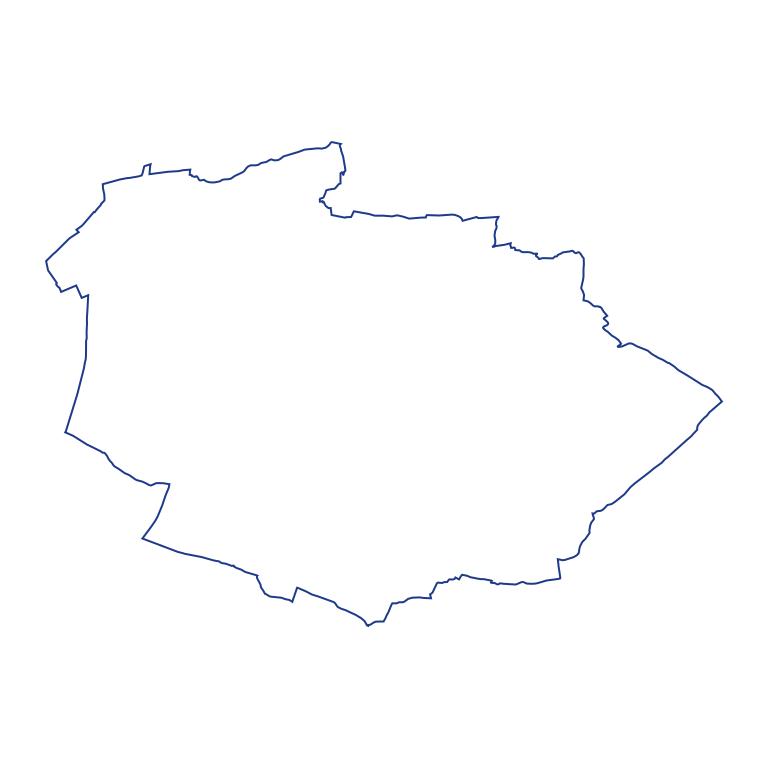 the district of Gornet-Cricov, Prahova, Romania
{"feature_id": "2599482B42939343868004", "entity_name": "Gornet-Cricov", "entity_type": "district", "adm_level": 2, "iso_a3": "ROU", "parent_name": "Romania", "parent_adm1": "Prahova", "projection": "equal_earth", "projection_center": [26.28, 45.085], "detail": "fine", "context": "isolated", "style": "outline", "palette": "blue", "viewbox_px": 768, "rotation_deg": 0, "n_neighbors": 0, "source": "geoboundaries", "source_scale": "gbopen_adm2", "svg_char_len": 6078}
<svg xmlns="http://www.w3.org/2000/svg" viewBox="0 0 768 768"><path d="M597.3,511.2L600.2,510.9L601.3,510.6L603.5,509.2L607.5,505.0L611.5,504.1L614.9,501.9L624.5,494.2L630.4,487.2L634.9,483.3L649.1,472.4L653.6,468.6L661.7,462.8L665.0,459.2L668.1,456.8L687.0,439.8L691.5,436.0L693.2,433.9L697.2,429.8L697.2,427.9L697.7,425.7L698.8,424.0L702.4,419.7L704.1,418.0L706.7,415.8L708.2,414.0L709.1,412.6L721.9,401.5L718.3,396.7L715.4,393.8L712.6,390.4L711.5,389.5L707.5,387.1L702.2,384.9L688.9,376.4L678.3,370.1L674.2,366.5L669.2,363.1L667.8,362.8L662.6,359.7L658.4,357.9L651.8,354.0L647.7,350.6L636.7,346.2L633.0,344.1L631.0,343.4L628.7,343.5L621.9,346.5L618.2,347.0L617.8,346.3L620.4,344.5L621.0,343.7L618.7,340.3L615.5,337.8L611.7,335.5L608.0,332.0L604.9,329.9L603.1,328.0L603.1,327.4L603.9,326.5L607.0,325.2L607.9,324.4L608.2,323.5L607.9,322.6L607.3,321.8L603.8,318.8L603.8,318.3L604.1,317.9L607.2,315.8L603.7,311.7L601.5,308.1L600.5,307.1L599.3,306.9L598.7,306.4L594.3,306.3L593.0,305.5L590.2,302.9L588.0,301.4L583.5,300.3L584.1,295.0L582.8,291.3L581.5,289.0L581.2,287.9L583.1,279.6L583.5,276.5L583.5,269.0L583.9,264.5L583.7,258.3L582.3,256.6L581.0,254.4L579.4,252.6L578.6,252.2L578.0,252.3L576.0,253.2L574.2,252.4L573.2,251.1L572.1,250.8L570.5,251.3L562.9,252.4L560.7,253.7L557.9,254.9L556.9,256.4L555.0,256.5L552.8,258.4L542.9,258.1L539.3,259.0L538.8,258.9L538.6,258.0L536.0,256.0L536.0,255.2L537.1,253.9L536.9,253.6L533.6,253.8L531.6,252.7L528.3,252.1L522.9,252.2L520.7,251.4L520.1,250.7L519.3,250.3L515.3,250.1L514.9,248.0L514.4,247.7L513.6,247.5L512.5,247.9L511.0,247.8L511.0,246.9L510.3,245.5L510.7,243.2L504.5,244.8L495.9,246.0L492.3,247.2L494.6,244.8L495.2,243.5L495.3,240.3L494.5,235.5L495.1,231.7L495.3,230.6L496.4,228.5L496.6,226.5L496.6,225.9L496.0,224.6L496.0,223.2L496.6,220.0L497.5,218.9L497.7,218.1L498.2,217.8L498.5,216.9L480.7,218.1L478.1,218.0L476.7,217.0L462.6,220.8L461.6,218.6L460.7,217.6L458.5,216.2L454.9,214.9L452.1,214.6L439.3,215.5L426.9,215.1L426.0,216.5L425.8,217.5L421.2,217.6L409.1,218.6L403.6,216.8L398.2,215.5L396.5,215.4L392.1,216.4L383.3,215.7L374.7,215.7L369.0,214.0L353.9,211.3L351.1,217.0L345.8,217.2L345.2,217.7L331.6,215.0L330.7,208.0L328.5,208.1L325.7,205.9L324.4,203.5L324.1,202.3L323.6,202.1L322.7,202.3L322.5,201.2L320.0,201.7L319.7,199.7L320.2,198.6L323.0,197.9L323.5,197.5L325.4,193.1L326.2,190.4L328.7,189.6L334.6,188.7L335.5,188.0L338.5,184.4L339.2,183.9L340.5,183.5L340.5,173.3L341.8,172.3L342.1,172.3L342.7,173.1L342.9,174.5L343.4,174.7L344.1,172.6L344.1,171.8L345.2,171.1L345.4,170.6L345.0,167.4L343.1,156.4L341.2,150.9L340.9,148.9L339.9,146.3L339.8,145.5L340.1,144.7L340.8,144.0L332.0,142.1L330.9,142.5L330.5,143.0L329.7,144.3L328.2,145.9L325.9,147.6L325.1,147.9L321.6,148.6L317.9,148.3L304.7,149.6L298.5,151.9L283.5,156.4L279.9,159.2L278.0,160.1L274.6,160.4L271.2,159.4L269.9,159.9L266.2,162.0L261.9,162.8L260.4,163.4L258.6,164.7L257.5,165.0L255.9,165.3L250.7,165.3L247.9,166.6L246.3,168.2L244.5,170.8L242.4,172.4L234.7,176.0L231.0,178.6L228.4,179.2L224.6,179.4L222.0,179.9L220.3,181.1L219.1,181.5L215.8,182.2L213.1,182.5L208.9,182.2L206.1,181.3L204.1,179.8L200.8,180.4L199.9,180.4L198.9,179.6L197.8,177.4L196.6,176.2L194.9,176.9L192.0,176.1L191.6,175.1L189.7,174.8L189.9,171.5L190.3,169.6L183.0,170.2L178.7,171.1L167.7,171.8L149.5,174.2L150.1,166.5L150.6,164.2L144.9,166.0L144.2,166.5L142.6,173.1L141.7,175.4L138.5,176.4L129.7,177.9L127.1,178.1L119.8,179.5L102.8,184.2L103.0,188.3L104.3,194.6L104.5,198.6L104.4,200.5L101.1,203.9L101.0,204.7L97.0,209.2L94.7,212.2L93.9,212.0L82.8,224.9L81.2,226.3L76.4,229.8L78.7,232.2L69.9,238.0L68.7,239.1L55.7,252.0L53.2,254.1L46.1,261.1L48.1,270.4L56.8,282.9L56.3,283.5L56.3,284.7L58.2,287.0L59.5,287.8L61.1,291.9L76.2,285.5L81.7,297.9L88.2,295.2L87.3,312.5L86.9,317.5L87.0,323.6L86.6,331.7L86.7,338.2L86.1,340.9L86.0,354.6L85.8,358.8L84.8,363.1L83.9,368.4L77.4,393.9L65.9,431.2L65.2,432.3L73.1,435.8L86.9,444.5L100.9,451.4L102.4,452.6L104.1,452.8L104.8,453.1L107.1,456.0L108.4,458.7L110.2,461.2L112.0,463.0L113.3,465.1L114.5,466.4L118.7,468.9L124.6,473.1L128.2,474.6L130.0,475.6L135.0,479.2L136.7,480.1L142.6,481.7L146.6,483.6L149.0,485.0L150.5,485.4L151.3,485.4L156.3,483.1L163.2,483.2L169.4,484.2L168.9,487.1L168.6,488.1L165.7,495.1L162.1,505.7L157.8,516.1L155.5,520.5L150.7,527.4L142.4,538.5L178.1,552.0L182.7,553.1L184.3,553.7L201.8,557.1L213.5,560.4L219.4,561.5L220.2,562.3L222.0,563.1L225.8,563.7L231.8,565.9L233.6,565.6L234.3,566.4L234.0,566.5L234.6,566.9L236.6,568.0L241.7,569.8L243.9,571.3L246.3,572.3L257.0,575.4L257.4,575.6L257.0,576.1L256.9,576.6L257.2,578.4L260.5,584.6L260.7,586.3L261.3,587.9L263.4,590.9L264.9,593.7L265.5,593.8L269.1,596.1L271.0,596.7L281.4,597.7L285.2,599.1L289.5,600.0L292.3,601.8L297.1,587.7L297.7,587.8L306.4,591.6L311.9,594.5L318.0,596.4L333.5,602.0L334.9,602.9L337.4,606.6L338.4,607.3L341.4,608.8L345.4,610.1L355.5,614.8L361.2,618.2L364.6,621.1L367.0,625.4L368.2,625.9L368.4,625.0L368.9,625.1L370.8,624.4L373.5,622.6L375.9,621.6L383.6,621.5L385.6,617.9L387.0,614.6L388.3,612.5L391.2,605.3L392.3,603.3L396.5,603.3L397.6,603.0L398.5,602.4L399.7,602.3L403.3,602.2L404.9,601.3L408.1,598.9L412.2,597.7L419.3,597.4L424.3,598.0L431.0,598.3L430.1,594.3L432.0,593.1L432.7,592.2L436.9,583.3L437.8,582.6L442.1,583.0L443.8,582.2L447.2,582.0L449.0,579.6L449.8,579.3L452.4,579.6L454.1,579.1L455.0,578.5L455.4,577.5L459.1,579.4L460.7,576.5L462.1,574.8L466.9,575.7L470.4,577.2L478.6,578.8L481.5,579.2L483.5,579.1L491.4,580.6L491.9,580.9L491.1,582.0L491.0,582.6L492.7,583.0L494.5,582.9L496.8,584.2L497.8,584.4L499.0,584.0L500.0,583.3L503.9,583.8L515.3,584.5L516.7,584.2L521.3,582.2L522.5,582.0L523.7,582.2L526.9,583.6L531.9,583.8L535.2,583.6L537.4,583.2L546.6,580.5L558.5,578.9L560.2,578.4L560.2,577.1L558.5,565.8L558.3,563.3L557.8,559.2L562.5,560.2L564.7,560.0L573.4,557.2L577.0,555.2L577.7,554.1L578.3,553.8L579.0,552.1L579.2,549.8L579.9,546.6L581.7,543.0L582.7,541.5L585.3,539.0L589.6,532.9L589.4,530.1L590.2,525.5L591.2,522.7L593.9,519.2L593.9,517.9L593.0,515.5L592.5,513.4L594.3,513.5L596.5,511.5L597.3,511.2Z" fill="none" stroke="#1e3a8a" stroke-width="2"/></svg>